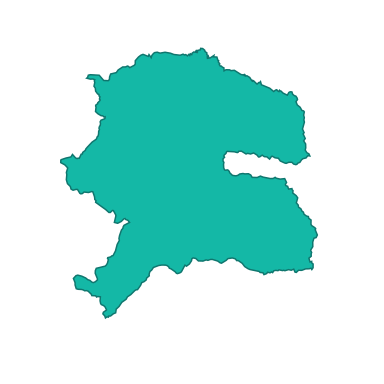 the district of Nam Po, Điện Biên, Vietnam, rotated 283°
{"feature_id": "81297802B39086824409595", "entity_name": "Nam Po", "entity_type": "district", "adm_level": 2, "iso_a3": "VNM", "parent_name": "Vietnam", "parent_adm1": "Điện Biên", "projection": "albers", "projection_center": [102.839, 21.886], "detail": "fine", "context": "isolated", "style": "filled", "palette": "teal", "viewbox_px": 384, "rotation_deg": 283, "n_neighbors": 0, "source": "geoboundaries", "source_scale": "gbopen_adm2", "svg_char_len": 6002}
<svg xmlns="http://www.w3.org/2000/svg" viewBox="0 0 384 384"><g transform="rotate(283 192 192)"><path d="M311.5,109.5L307.2,107.2L303.9,107.9L302.6,107.4L299.2,103.4L300.1,101.8L300.2,100.7L298.9,99.1L298.3,96.4L294.3,92.6L291.3,91.4L288.7,86.2L285.6,85.8L283.0,86.2L281.6,85.3L280.8,80.9L284.9,75.3L283.4,66.5L282.5,64.7L280.2,64.5L279.2,63.8L279.1,67.6L279.8,70.0L279.6,72.0L278.3,71.8L277.0,72.6L273.0,72.7L271.5,74.4L268.6,75.4L266.3,78.0L266.2,79.3L264.6,79.9L264.1,80.9L261.7,80.9L261.2,81.7L260.5,81.8L257.7,80.1L256.8,80.2L255.2,78.8L254.2,78.7L253.1,79.4L248.7,79.9L247.1,82.6L245.9,86.3L246.2,87.8L245.3,89.4L245.8,90.4L244.5,90.7L243.7,90.4L241.5,87.2L239.7,86.7L238.3,87.4L236.1,87.6L235.3,87.1L233.3,87.0L231.9,87.8L230.3,87.4L227.4,87.9L225.4,87.9L224.7,87.3L222.0,86.9L218.1,83.4L212.3,80.0L209.9,78.8L208.6,78.7L206.0,76.6L204.4,76.6L203.9,75.5L199.5,74.6L199.4,73.5L198.7,72.5L199.0,70.9L201.7,67.1L198.9,66.1L196.7,61.5L194.1,57.3L193.6,57.0L191.1,57.5L189.9,61.9L187.5,65.5L182.8,65.2L180.7,66.1L175.7,66.8L172.1,68.8L170.0,72.2L167.6,73.5L167.0,75.7L168.5,78.5L168.7,79.9L165.5,83.0L165.2,84.1L165.8,85.5L167.7,86.9L168.2,91.2L169.9,94.2L169.9,95.3L165.4,98.1L162.8,99.0L162.0,100.4L160.3,100.4L155.5,111.8L153.4,115.6L153.7,117.0L156.1,118.6L156.2,119.6L152.7,122.7L151.7,123.2L144.9,123.2L144.8,126.5L145.2,127.1L147.4,129.7L150.3,131.5L151.1,132.7L150.3,133.6L150.0,135.9L148.3,138.0L144.3,133.3L142.8,132.8L141.0,132.8L139.0,131.8L133.2,131.2L130.2,131.3L128.5,132.1L124.1,130.9L117.4,130.7L112.3,129.4L111.6,128.1L110.5,127.4L109.1,124.7L108.3,124.6L107.3,125.7L103.6,125.6L101.7,125.0L100.3,124.2L96.1,115.9L93.6,115.5L91.0,116.0L86.3,119.3L85.1,119.6L82.8,118.0L81.5,116.2L81.7,114.6L82.9,112.4L83.1,110.2L84.3,107.8L85.2,103.5L85.3,99.4L84.4,97.8L81.1,95.9L77.3,98.5L75.1,99.0L71.7,101.0L71.6,102.9L72.2,106.4L72.1,108.3L71.6,109.5L72.2,111.6L72.0,113.1L69.7,116.9L68.5,117.7L69.2,121.5L68.2,122.7L68.9,123.5L69.3,126.3L65.3,126.9L62.7,128.1L61.9,129.0L61.5,131.3L60.6,133.0L58.1,135.1L57.7,135.2L54.9,132.7L53.2,132.6L51.6,134.9L49.8,136.0L51.1,137.1L51.3,138.7L52.3,138.6L52.9,140.6L55.7,142.8L57.1,144.8L60.8,144.5L64.1,146.7L68.7,148.4L72.6,151.9L75.4,152.7L78.2,155.4L83.0,158.4L84.0,159.3L84.6,160.9L89.5,162.9L92.4,163.4L93.8,165.4L95.9,167.1L98.0,167.2L100.7,169.2L102.3,168.7L105.1,168.9L106.7,170.2L109.8,171.4L112.9,176.1L114.0,178.9L114.8,182.6L114.7,184.4L113.8,186.2L112.7,187.0L112.3,189.1L110.5,193.5L109.3,195.1L109.2,196.2L110.5,198.4L111.8,199.6L119.1,201.6L118.5,203.3L121.3,205.7L124.9,207.0L127.0,206.9L128.0,207.9L128.1,210.6L126.3,213.7L127.2,218.3L129.0,221.0L129.0,222.9L130.4,225.1L130.9,226.9L130.5,232.6L129.3,235.4L129.3,236.8L133.1,240.7L135.2,242.0L136.8,246.1L136.6,249.3L135.2,251.0L135.6,252.5L133.8,257.0L131.2,260.1L129.9,263.7L129.5,265.8L129.7,275.2L128.9,276.5L129.3,279.3L127.7,280.7L129.3,283.1L130.8,283.7L130.8,286.2L132.0,287.5L131.6,288.7L133.7,289.5L134.5,291.3L134.7,293.5L135.7,294.3L135.8,297.9L136.4,299.1L136.2,300.2L138.1,303.6L138.1,306.3L139.7,308.5L137.1,310.4L137.1,311.7L139.7,313.4L140.4,316.6L142.7,320.1L143.5,323.3L144.5,325.1L143.4,326.2L145.4,327.0L149.1,326.2L149.9,324.6L151.3,324.2L150.4,322.7L153.8,320.8L156.2,322.6L158.7,322.0L160.0,322.2L161.5,320.9L162.4,320.8L165.9,322.0L170.4,320.9L174.4,321.2L175.5,323.2L178.3,323.8L183.0,320.5L184.0,320.8L184.9,319.7L186.1,316.4L187.2,315.2L191.5,314.3L192.6,311.7L194.3,310.9L194.3,309.1L195.5,306.2L197.5,305.0L198.0,303.6L200.3,301.7L201.1,299.3L203.2,298.4L204.9,296.1L210.1,296.3L211.9,294.3L213.7,290.4L216.1,290.1L216.8,289.0L217.8,288.6L216.6,285.4L219.1,283.9L219.2,282.4L219.7,281.6L220.7,281.3L222.5,282.0L225.9,279.3L224.4,275.0L224.4,271.0L225.0,269.7L223.4,268.0L222.7,265.1L222.5,257.9L222.9,255.1L220.8,252.3L219.8,247.3L221.8,245.4L222.5,242.9L221.5,239.4L221.5,237.5L220.3,234.5L218.7,233.1L217.6,231.2L217.3,227.7L219.2,224.5L220.5,223.6L221.4,222.3L221.5,221.4L220.8,219.9L220.9,218.7L222.6,217.5L226.0,216.5L228.1,216.4L229.1,215.3L231.3,214.8L233.2,215.9L234.1,214.9L235.4,215.1L237.2,216.4L238.9,216.6L239.5,217.2L240.7,224.2L240.6,227.2L241.0,227.9L242.3,228.5L242.9,231.0L241.2,236.1L242.2,237.6L242.2,240.5L243.9,243.3L242.6,247.1L241.1,248.9L241.4,250.0L243.7,252.1L242.7,254.5L243.1,257.0L241.5,260.2L244.6,261.5L244.9,262.3L244.0,265.2L244.3,268.6L242.1,271.0L241.1,275.8L241.1,277.3L242.7,279.6L243.4,282.7L242.1,284.7L242.0,287.0L242.6,288.0L244.0,288.7L245.1,290.4L248.0,291.5L249.4,292.6L250.9,295.5L253.4,296.6L253.6,298.7L255.5,297.3L256.1,295.1L258.3,292.9L260.6,292.9L264.4,291.9L266.9,289.3L269.6,290.3L273.6,287.2L275.0,287.9L278.2,285.5L285.4,285.8L287.4,284.8L289.7,284.7L292.0,283.5L295.3,283.4L296.1,282.5L296.2,280.7L298.9,278.3L300.5,275.0L303.4,273.0L305.8,274.0L307.2,273.3L308.8,271.6L308.9,270.1L309.8,268.2L312.0,266.8L311.7,265.1L310.8,264.0L307.8,263.1L308.8,258.6L310.4,255.9L310.2,255.4L310.8,254.4L309.4,254.1L310.0,252.3L310.7,251.6L310.1,250.5L308.3,249.0L310.6,244.4L312.1,235.5L315.0,233.9L313.7,233.2L313.6,232.3L312.0,231.4L311.9,230.8L314.1,227.2L313.7,226.5L314.3,226.4L314.4,225.9L313.8,225.7L313.9,225.2L316.6,222.5L317.6,219.4L317.0,217.9L317.5,217.7L317.4,217.0L318.1,217.2L318.4,216.8L317.6,215.4L317.5,213.3L320.1,205.9L319.0,202.6L319.5,201.3L318.8,197.7L317.3,196.0L320.2,195.1L320.4,193.7L321.3,192.2L321.0,191.3L322.3,189.9L323.2,190.2L324.6,188.4L326.0,188.4L326.3,187.5L329.1,185.9L328.5,182.5L329.9,182.6L326.8,179.6L325.7,177.0L327.2,176.5L327.6,177.6L328.7,176.9L329.1,175.5L330.9,175.2L331.8,173.1L333.0,172.5L334.2,170.1L333.9,168.1L332.4,168.1L331.0,165.2L329.7,165.9L329.0,165.6L329.2,164.6L330.2,164.1L328.9,163.6L328.8,162.2L327.3,160.9L325.8,160.8L326.3,159.3L324.6,159.1L325.4,158.0L323.6,156.9L324.5,155.0L323.8,153.8L324.3,152.3L322.6,149.7L321.9,143.4L322.4,139.8L322.1,134.3L320.1,129.6L320.4,126.7L319.5,124.4L318.5,123.4L316.1,122.2L313.7,122.0L316.2,119.2L314.3,118.9L315.1,113.3L313.7,111.3L311.5,109.5Z" fill="#14b8a6" stroke="#0f766e" stroke-width="1.5"/></g></svg>